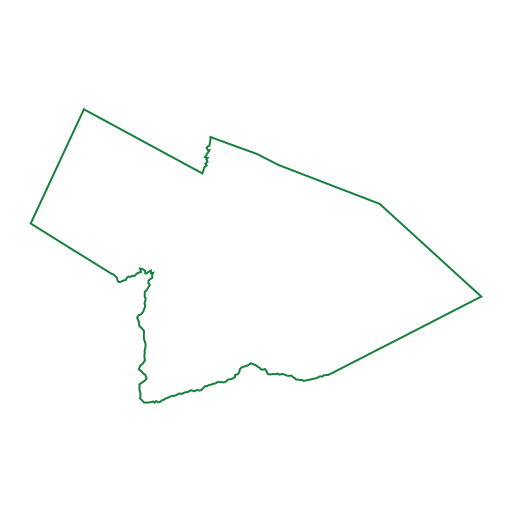 the district of Redenção do Gurguéia, Piauí, Brazil
{"feature_id": "56859067B8713189832655", "entity_name": "Redenção do Gurguéia", "entity_type": "district", "adm_level": 2, "iso_a3": "BRA", "parent_name": "Brazil", "parent_adm1": "Piauí", "projection": "orthographic", "projection_center": [-44.528, -9.518], "detail": "fine", "context": "isolated", "style": "outline", "palette": "green", "viewbox_px": 512, "rotation_deg": 0, "n_neighbors": 0, "source": "geoboundaries", "source_scale": "gbopen_adm2", "svg_char_len": 2558}
<svg xmlns="http://www.w3.org/2000/svg" viewBox="0 0 512 512"><path d="M30.7,223.5L73.9,250.5L75.6,251.5L111.6,273.8L113.9,274.7L116.9,277.8L117.6,280.9L118.7,282.1L120.8,281.8L122.5,280.9L125.9,279.9L126.8,277.9L128.3,276.6L130.2,277.0L132.6,275.7L134.4,276.1L135.6,274.7L136.9,273.6L138.3,272.7L141.0,272.0L140.1,268.5L142.7,269.2L145.1,270.7L145.3,273.4L147.1,273.3L148.6,271.7L150.9,270.6L151.0,273.3L153.1,272.8L152.2,274.9L152.3,277.9L149.9,279.3L148.6,280.7L148.3,283.1L149.8,284.9L148.1,287.8L146.5,290.3L144.9,291.8L144.7,294.1L144.7,296.7L145.7,298.8L145.4,300.5L144.5,303.3L145.2,305.2L144.7,307.9L143.9,309.7L143.3,311.5L142.2,313.1L140.9,314.4L138.7,315.2L137.1,317.8L138.4,320.5L139.0,322.7L139.2,325.7L141.3,327.8L143.9,330.7L144.0,333.0L143.8,335.8L143.9,339.0L144.8,341.4L145.6,344.3L145.5,346.8L144.6,351.0L144.8,353.1L144.4,354.9L144.5,358.1L144.9,360.4L143.9,361.8L142.6,363.8L140.3,365.6L138.8,369.2L141.6,371.5L143.3,373.5L145.3,374.8L146.6,378.5L144.8,380.7L140.9,383.3L139.4,384.4L139.6,386.7L139.4,389.6L140.1,391.7L140.5,393.9L140.4,396.2L140.1,398.4L141.6,399.9L144.0,402.6L147.2,402.6L149.8,402.4L152.9,401.5L154.5,402.7L156.1,401.1L158.7,402.3L160.4,401.8L161.7,400.4L163.7,399.8L165.5,398.5L167.6,397.9L169.3,396.9L172.3,395.8L174.1,395.9L176.5,394.9L179.7,393.4L181.9,394.0L184.2,392.6L187.9,391.9L191.1,390.2L194.2,391.3L197.0,390.0L199.2,390.6L201.0,390.2L203.4,388.0L204.8,386.3L207.2,386.0L209.3,384.9L211.1,384.7L213.0,383.8L215.6,383.4L217.4,382.1L221.1,382.1L223.7,382.4L225.6,381.7L228.3,379.5L230.9,379.1L232.6,378.6L235.0,377.0L235.2,374.9L238.1,374.1L239.3,372.0L239.8,369.2L241.3,367.7L243.2,366.7L246.1,366.1L248.5,365.0L250.7,363.3L253.3,364.3L255.4,364.9L258.2,367.1L259.9,368.0L261.1,369.5L263.1,369.7L265.0,369.0L266.1,370.6L267.1,372.6L268.0,374.1L270.2,374.5L272.4,374.1L275.6,374.2L277.3,373.6L279.6,374.7L282.1,374.0L284.2,374.4L287.0,375.7L289.5,375.8L291.4,375.6L292.6,376.8L294.8,378.1L295.9,379.5L298.1,379.7L300.1,380.0L302.0,379.9L303.6,380.9L308.2,380.0L311.0,379.4L313.0,378.8L314.9,378.6L317.0,377.9L320.0,376.3L322.2,376.6L323.8,375.3L326.2,375.1L328.9,374.7L378.0,349.5L397.1,339.8L466.9,303.9L481.3,296.6L454.1,271.8L432.4,252.0L379.7,203.9L355.0,194.4L337.7,187.8L278.1,164.8L257.3,154.1L219.0,140.2L210.5,137.0L210.5,139.2L209.8,143.3L209.4,145.8L207.8,146.4L206.6,147.8L207.7,149.9L209.5,150.2L207.1,153.8L205.0,157.2L207.7,157.9L206.4,159.3L207.5,161.7L205.4,163.8L206.7,165.3L204.3,167.3L203.1,171.3L202.3,173.4L83.9,109.3L30.7,223.5Z" fill="none" stroke="#15803d" stroke-width="2"/></svg>